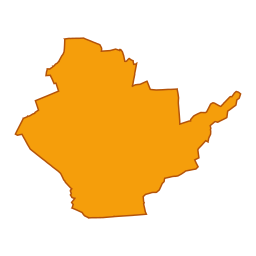 outline of Bukaišu pag., Tervetes, Latvia
{"feature_id": "27541924B52538484652189", "entity_name": "Bukaišu pag.", "entity_type": "district", "adm_level": 2, "iso_a3": "LVA", "parent_name": "Latvia", "parent_adm1": "Tervetes", "projection": "mercator", "projection_center": [23.227, 56.415], "detail": "fine", "context": "isolated", "style": "filled", "palette": "amber", "viewbox_px": 256, "rotation_deg": 0, "n_neighbors": 0, "source": "geoboundaries", "source_scale": "gbopen_adm2", "svg_char_len": 5158}
<svg xmlns="http://www.w3.org/2000/svg" viewBox="0 0 256 256"><path d="M53.3,66.2L53.4,66.3L53.0,66.6L52.5,67.0L52.1,67.4L51.8,67.6L51.5,67.8L51.2,68.0L50.8,68.2L50.0,68.9L49.9,68.8L49.4,69.1L48.5,68.9L47.2,68.9L47.1,70.0L46.5,71.9L46.0,75.6L47.1,75.5L50.3,75.3L50.7,76.3L50.8,76.3L51.2,77.2L52.1,79.0L53.0,81.1L54.1,83.6L55.9,83.1L56.0,83.2L58.6,91.1L46.9,96.0L35.4,100.7L37.1,105.8L38.5,110.1L38.2,110.3L35.1,112.4L35.0,112.5L34.7,113.3L32.8,114.0L32.1,114.4L30.5,115.4L29.6,115.9L28.2,116.3L27.8,116.2L27.6,116.1L27.4,116.4L27.3,116.6L27.1,116.8L26.9,117.0L26.7,117.0L23.8,118.2L23.6,118.2L23.4,118.3L23.2,118.3L23.2,118.6L23.1,118.9L21.2,122.7L21.1,122.8L20.0,125.0L18.6,127.7L18.5,127.9L18.5,128.0L17.6,129.6L15.4,134.1L17.2,135.1L17.4,135.2L17.6,135.2L19.8,134.7L22.0,134.3L22.6,135.4L23.4,136.9L24.4,138.7L24.9,139.5L25.2,140.1L26.2,142.0L26.7,142.9L27.1,143.6L27.2,143.9L27.3,143.9L27.9,145.1L29.0,146.9L29.8,148.3L30.2,149.0L30.3,149.1L30.5,149.3L31.0,149.7L31.5,150.1L32.1,150.6L34.6,152.6L37.1,154.6L38.9,156.0L40.5,157.3L42.8,159.1L44.8,160.6L47.3,162.7L51.0,165.5L52.6,166.9L58.0,171.0L58.5,171.4L58.8,171.7L60.3,173.1L61.0,174.1L62.8,177.8L63.7,179.8L64.1,180.3L64.5,180.6L64.9,181.2L65.1,181.7L65.6,182.5L68.0,185.1L69.6,186.8L70.6,187.8L71.4,188.6L71.7,188.8L70.9,189.7L71.1,189.8L70.3,190.8L71.2,193.3L71.1,194.0L70.4,194.9L71.9,197.2L71.9,197.4L72.1,197.4L73.0,198.0L74.8,198.3L74.0,199.5L72.1,201.8L71.6,202.4L72.5,203.7L73.2,204.4L72.1,207.9L72.0,208.0L72.7,208.3L75.8,209.6L77.6,210.4L81.7,212.3L81.9,212.4L82.1,212.5L83.6,214.7L83.8,214.9L84.5,215.7L84.7,215.8L84.8,215.9L88.1,217.5L88.6,217.6L88.6,217.9L92.0,217.7L95.8,217.7L102.0,217.6L102.8,217.6L107.2,217.2L113.4,216.7L113.6,216.6L113.9,216.4L114.0,216.6L119.5,216.2L130.4,215.5L133.5,215.3L133.9,215.2L137.1,215.0L146.4,214.2L145.2,211.5L145.2,211.2L144.4,207.4L144.3,207.1L143.8,204.9L143.7,204.0L143.6,203.5L144.1,203.0L144.2,202.9L144.2,202.7L143.9,202.2L143.6,201.6L143.5,200.4L143.2,196.6L143.5,196.2L143.9,196.0L144.8,195.1L145.5,194.4L148.4,193.6L149.8,193.2L151.7,192.6L151.9,192.6L152.0,192.5L152.3,192.5L152.7,192.4L153.0,192.4L153.5,192.4L154.1,192.4L154.7,192.4L155.8,192.4L156.4,192.3L156.6,192.2L157.0,191.9L159.3,189.9L161.1,186.0L162.3,183.3L162.6,183.1L163.8,181.9L164.0,181.7L164.2,181.0L164.4,179.5L164.4,179.2L164.7,178.3L164.8,178.3L166.4,177.9L167.4,177.7L168.2,177.5L169.2,177.3L172.0,176.6L174.1,176.3L174.8,176.3L175.5,176.3L177.9,175.9L181.2,174.1L184.4,172.0L185.6,171.0L189.6,170.2L193.1,169.5L195.9,169.0L198.1,166.8L196.2,163.1L194.7,159.9L198.9,157.8L197.8,149.8L198.5,148.5L201.5,145.4L205.7,140.7L207.8,141.8L208.0,141.9L208.0,141.4L208.1,141.1L208.3,140.6L208.4,139.9L208.7,138.3L208.8,138.0L208.9,137.8L209.1,137.3L210.5,134.4L210.6,134.1L210.7,131.7L210.7,131.2L210.5,130.0L210.4,129.7L210.6,129.1L210.8,128.4L210.8,128.2L210.3,126.1L210.2,125.8L210.2,125.6L210.3,125.5L213.4,122.9L214.8,121.7L215.2,121.6L215.4,121.6L217.7,122.2L218.8,121.7L219.4,121.3L224.1,119.0L226.6,117.7L226.8,117.5L226.9,117.1L227.6,111.8L227.7,111.2L227.8,111.1L228.0,110.9L229.5,109.9L233.0,107.3L233.3,107.0L234.5,106.2L235.9,105.1L236.6,101.4L236.8,100.1L236.9,99.9L239.1,98.3L239.2,98.0L239.3,97.9L240.6,93.9L239.0,92.6L238.9,92.2L239.0,91.9L238.9,92.0L238.6,92.2L236.2,91.5L234.4,93.1L234.0,93.7L232.0,96.5L231.9,96.7L230.5,96.6L229.8,97.0L224.6,102.4L223.7,103.2L223.3,103.9L222.5,104.6L222.3,104.8L221.1,106.2L220.7,106.4L219.0,105.7L214.8,103.3L213.7,102.9L212.8,102.9L212.6,102.9L210.6,104.1L208.3,108.7L206.6,111.9L206.5,112.0L206.4,112.0L205.4,112.6L200.8,112.5L197.4,114.0L194.9,115.3L193.6,116.1L192.5,117.4L190.7,119.5L190.6,121.0L189.2,121.0L179.8,124.1L179.7,120.7L179.3,115.1L178.3,103.0L178.4,100.1L178.6,97.9L178.0,93.7L177.1,89.0L176.9,89.1L176.5,89.1L171.1,89.4L168.3,89.4L161.8,89.8L156.1,90.0L150.7,89.5L150.3,89.4L149.0,86.3L149.0,86.2L148.5,84.9L147.1,81.4L147.0,81.2L140.3,84.2L140.2,84.3L137.7,84.5L135.4,84.8L132.4,86.2L132.3,85.9L132.5,85.7L132.8,84.5L133.8,78.9L134.1,77.6L134.7,74.5L134.7,73.4L135.0,71.9L135.4,70.0L135.7,68.2L136.0,66.8L136.3,65.1L136.6,63.4L136.3,63.6L135.7,64.2L135.4,64.3L135.0,64.3L134.8,64.3L134.5,64.1L133.7,64.3L133.6,63.9L133.5,63.4L133.4,62.9L133.3,62.6L133.1,60.7L132.7,60.6L132.4,60.5L132.2,60.4L131.9,60.3L131.7,60.1L130.9,59.8L130.8,59.6L130.5,59.5L129.5,58.6L129.3,58.5L129.1,58.5L128.1,59.4L128.0,59.5L127.2,60.4L127.0,60.6L126.6,61.1L126.3,61.3L125.7,61.4L124.8,61.3L124.8,61.2L124.0,57.3L123.6,55.4L123.3,54.6L122.5,52.1L122.3,51.7L121.2,50.2L120.7,49.6L120.4,49.6L120.2,50.0L120.0,50.3L119.9,50.4L119.8,50.2L119.7,50.0L119.8,49.8L119.7,49.6L119.3,49.9L119.2,50.3L115.6,49.1L110.0,50.6L101.4,51.2L101.6,50.0L101.6,48.9L101.6,48.2L101.2,47.3L99.9,44.8L98.4,44.1L98.1,44.0L97.4,43.8L96.9,43.6L96.0,43.2L95.3,42.9L93.9,42.4L90.6,41.0L86.8,39.5L85.5,39.0L83.6,38.1L79.0,38.3L78.9,38.3L76.1,38.3L71.2,38.4L70.4,38.5L69.8,38.4L68.9,38.4L64.7,39.0L64.8,39.1L64.6,44.7L64.4,48.5L64.1,51.7L63.0,54.3L61.7,56.0L59.1,60.8L59.2,61.1L59.0,61.4L58.9,61.4L58.6,61.5L57.7,62.7L57.1,63.3L56.8,63.4L56.0,63.9L55.5,64.1L54.4,65.5L53.6,66.2L53.4,66.2L53.3,66.2Z" fill="#f59e0b" stroke="#b45309" stroke-width="1.5"/></svg>